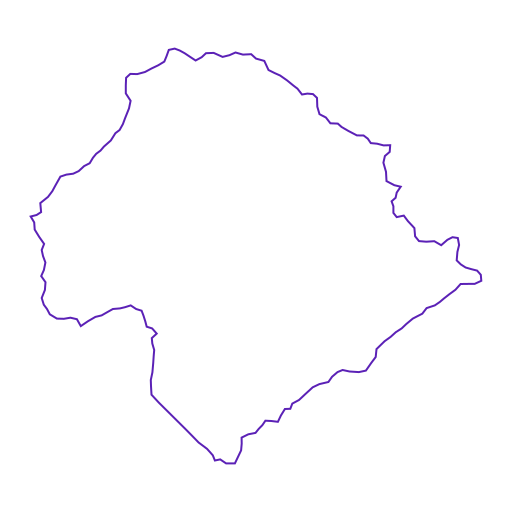 Santa Isabel, São Paulo, Brazil
{"feature_id": "56859067B62308416840067", "entity_name": "Santa Isabel", "entity_type": "district", "adm_level": 2, "iso_a3": "BRA", "parent_name": "Brazil", "parent_adm1": "São Paulo", "projection": "albers", "projection_center": [-46.238, -23.295], "detail": "fine", "context": "isolated", "style": "outline", "palette": "violet", "viewbox_px": 512, "rotation_deg": 0, "n_neighbors": 0, "source": "geoboundaries", "source_scale": "gbopen_adm2", "svg_char_len": 2550}
<svg xmlns="http://www.w3.org/2000/svg" viewBox="0 0 512 512"><path d="M226.1,463.4L234.9,463.4L237.8,457.3L241.1,450.4L241.7,443.7L241.6,437.6L248.3,434.3L255.5,432.9L258.7,428.9L262.4,425.1L265.4,420.7L271.3,421.0L277.9,421.8L280.9,415.5L284.9,409.0L290.3,408.8L292.3,403.6L299.0,400.0L305.2,394.2L312.7,387.3L319.4,384.1L328.4,382.0L332.1,376.7L337.5,372.1L342.6,370.0L349.6,371.5L358.9,372.1L365.9,370.6L371.2,363.0L375.7,357.0L376.5,349.1L384.6,341.2L390.6,336.9L395.8,332.2L401.7,328.4L406.2,324.1L412.8,318.6L417.2,316.3L422.3,313.7L426.6,308.1L434.8,305.4L439.9,301.9L443.9,298.5L449.5,294.1L455.4,289.8L460.6,284.0L467.9,283.9L474.6,283.9L481.3,280.8L480.8,274.8L477.1,270.6L471.5,269.2L465.6,267.5L460.8,264.4L456.7,260.4L457.4,251.9L459.1,245.0L457.8,238.0L452.5,237.2L447.4,239.8L441.2,245.2L434.3,241.2L426.3,241.7L419.0,241.1L415.1,236.3L414.4,228.1L407.9,221.1L403.8,215.6L396.7,217.1L393.4,212.9L393.4,206.3L391.6,201.3L395.6,197.8L396.7,192.6L400.7,186.7L394.3,185.2L386.5,181.1L386.0,171.8L383.4,162.7L384.9,156.0L389.7,151.9L390.2,145.2L383.6,145.4L377.1,143.7L370.8,143.1L367.8,138.7L363.6,135.5L356.9,135.4L348.3,130.9L341.6,127.0L337.8,123.6L330.4,123.3L325.9,117.5L319.5,114.2L317.3,106.7L317.0,97.9L313.0,94.1L307.4,93.6L302.0,94.5L297.5,88.7L293.2,85.4L286.8,80.2L280.1,75.5L274.7,73.1L268.5,70.0L264.3,60.9L256.0,58.6L251.2,54.2L242.9,54.6L235.5,52.5L229.4,55.2L222.6,56.9L213.7,52.9L206.0,53.2L201.7,57.2L195.6,60.5L189.7,56.6L184.6,53.2L179.7,50.5L174.7,48.6L168.8,49.9L166.5,56.3L164.3,61.6L158.2,65.3L151.5,68.5L145.0,72.0L137.2,74.1L130.3,73.9L126.1,77.8L125.8,85.4L125.8,93.4L130.6,100.8L129.0,108.4L125.0,118.4L122.9,124.1L119.6,130.0L115.4,133.2L110.8,140.5L103.9,146.6L100.5,150.6L96.2,153.8L93.0,157.7L89.7,163.2L84.1,166.1L78.7,171.1L73.2,173.7L66.4,174.6L60.4,176.6L55.5,185.3L52.3,191.2L48.0,196.9L40.3,203.1L41.1,212.1L36.6,215.0L30.7,216.5L34.2,222.4L34.7,229.6L39.2,236.9L44.1,243.9L41.7,250.0L43.0,256.0L45.4,262.5L43.9,270.0L41.2,276.1L45.5,282.2L44.9,290.0L41.7,298.0L43.8,304.7L47.0,309.0L49.8,314.3L56.9,318.6L63.9,318.8L70.4,317.7L76.9,319.2L80.8,326.1L88.0,321.2L95.4,316.9L101.6,315.4L107.2,312.2L112.9,309.0L120.0,308.4L125.0,307.2L130.7,305.4L136.1,309.0L141.6,310.7L143.5,315.7L145.3,321.4L146.7,326.7L152.1,328.4L156.7,333.6L151.8,338.1L152.3,343.5L154.2,350.0L153.7,355.9L153.2,363.3L152.4,372.4L150.8,380.0L151.0,386.0L151.5,394.7L158.8,402.6L186.1,429.7L192.1,435.8L198.6,442.5L207.1,448.9L212.8,455.3L214.9,460.5L220.2,459.4L226.1,463.4Z" fill="none" stroke="#5b21b6" stroke-width="2"/></svg>